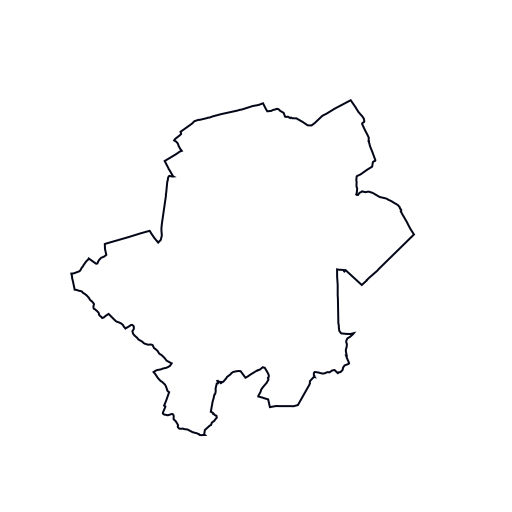 the district of Dorobantu, Tulcea, Romania, rotated 138°
{"feature_id": "2599482B37280829383537", "entity_name": "Dorobantu", "entity_type": "district", "adm_level": 2, "iso_a3": "ROU", "parent_name": "Romania", "parent_adm1": "Tulcea", "projection": "albers", "projection_center": [28.322, 44.951], "detail": "fine", "context": "isolated", "style": "outline", "palette": "ink", "viewbox_px": 512, "rotation_deg": 138, "n_neighbors": 0, "source": "geoboundaries", "source_scale": "gbopen_adm2", "svg_char_len": 6081}
<svg xmlns="http://www.w3.org/2000/svg" viewBox="0 0 512 512"><g transform="rotate(138 256 256)"><path d="M118.6,191.5L118.3,192.2L117.3,193.0L117.1,193.6L117.3,194.6L116.5,196.2L116.6,197.4L116.4,198.3L117.1,201.1L117.6,202.3L118.6,205.9L120.2,209.8L120.4,210.7L121.1,212.1L124.6,217.1L127.2,225.2L128.4,226.9L128.5,227.4L128.8,228.0L130.2,229.2L131.4,229.8L132.3,230.6L133.9,233.1L134.7,233.0L136.0,233.5L137.3,233.6L139.4,233.1L140.3,234.1L140.4,234.6L138.5,235.8L135.7,238.4L134.7,240.6L131.8,243.6L130.5,245.5L128.0,247.7L127.3,247.8L123.8,246.7L116.0,245.8L109.9,244.7L109.3,245.1L107.2,246.9L106.1,247.6L105.4,247.6L103.9,247.0L103.2,247.3L99.7,256.0L98.0,260.8L97.6,261.5L97.3,262.4L96.6,263.4L96.2,264.5L95.2,265.7L95.1,265.9L95.4,266.1L93.0,268.5L92.1,271.5L90.8,276.6L88.8,283.1L88.3,283.5L88.0,283.6L86.0,283.3L85.5,283.5L84.0,285.8L83.5,289.2L83.6,290.4L83.5,293.6L83.5,294.6L82.4,300.6L81.4,308.4L98.8,312.8L108.5,314.6L112.8,315.8L123.7,315.5L127.4,315.9L129.7,318.0L130.2,318.7L131.6,324.3L133.9,331.3L136.9,334.1L137.4,335.5L138.3,335.6L139.1,338.2L140.0,338.7L140.7,339.4L141.2,340.4L140.9,340.7L139.7,343.8L140.3,345.9L140.9,347.5L141.0,349.8L141.2,350.2L141.5,350.8L142.3,351.6L143.9,352.1L145.2,353.0L147.7,353.7L150.8,356.0L150.3,358.6L148.6,364.8L153.0,366.5L158.2,369.7L168.7,374.4L169.9,375.3L172.5,376.5L186.9,384.7L194.9,388.8L197.8,389.9L199.1,390.9L200.2,391.3L206.1,394.5L207.4,395.3L207.5,395.6L211.6,397.4L214.9,397.2L229.0,398.8L229.6,397.3L229.9,396.9L230.4,396.7L232.2,396.7L237.7,397.1L239.5,396.7L239.4,396.1L238.9,394.9L238.8,394.3L238.8,392.1L240.0,389.1L240.6,386.3L240.8,383.8L242.8,384.6L246.9,385.1L260.3,387.7L262.3,380.0L262.7,378.9L262.9,377.3L264.3,370.7L264.2,370.4L265.0,371.0L266.4,373.0L266.7,373.4L267.4,373.6L269.1,372.9L270.8,371.4L272.2,370.6L280.5,363.0L281.9,362.0L282.2,361.4L304.3,343.0L307.2,340.4L309.1,338.4L312.2,334.3L316.0,331.7L319.7,331.4L319.5,332.9L319.7,333.0L319.7,333.5L319.6,334.3L319.5,337.1L318.7,343.2L318.2,345.4L318.2,345.9L327.1,350.3L338.2,355.4L356.9,364.5L360.3,366.1L363.5,362.3L366.5,357.0L369.3,357.2L372.4,358.3L375.4,358.0L376.9,357.5L378.9,356.6L379.4,356.8L380.0,357.3L382.0,366.1L383.0,365.7L385.8,365.6L389.9,364.7L392.0,364.0L393.3,363.9L396.1,362.9L397.4,362.8L403.2,365.1L405.0,366.5L406.3,364.0L407.4,362.7L408.8,360.0L413.3,352.3L411.9,350.7L411.2,349.2L409.4,346.7L409.1,345.6L409.3,344.6L408.7,342.8L408.2,340.0L408.2,336.3L408.5,335.5L408.7,333.6L408.3,332.5L408.4,329.1L408.7,328.6L410.3,327.5L411.5,326.2L411.7,325.5L411.7,324.9L411.2,323.8L411.2,322.8L411.0,321.9L410.9,319.4L411.3,318.3L411.8,317.7L412.0,316.9L412.0,316.2L411.7,313.8L411.8,312.8L410.2,312.2L407.3,312.1L404.3,311.6L403.9,303.6L403.7,301.4L403.4,300.3L402.6,299.0L401.4,296.3L401.1,294.4L401.0,293.5L401.5,292.3L401.4,290.6L401.6,289.5L397.0,288.6L395.1,288.4L394.6,288.1L394.2,287.7L393.9,286.6L393.9,285.6L395.1,284.0L396.2,283.3L398.0,282.9L398.4,282.5L399.2,280.7L399.5,279.8L399.4,277.1L399.1,275.5L399.2,272.5L398.1,269.3L397.8,268.2L397.8,266.8L397.4,265.4L396.0,263.0L395.4,262.2L393.2,260.4L392.5,259.2L392.5,258.8L393.4,255.7L393.0,254.3L392.7,251.7L392.7,251.0L393.0,249.6L393.2,248.4L393.0,247.1L392.5,245.8L392.2,242.1L392.3,239.6L392.5,238.2L390.8,233.3L390.5,232.7L393.4,231.9L395.5,232.3L397.4,232.9L400.4,234.6L402.8,235.5L405.6,237.3L407.2,237.9L409.8,238.3L409.8,236.3L410.6,230.6L410.5,226.7L410.0,225.5L409.7,221.4L409.9,220.3L410.8,217.7L412.0,215.3L411.9,214.0L411.7,212.9L419.8,208.5L424.4,206.3L424.0,205.2L424.2,204.6L429.8,202.0L430.5,201.4L430.6,200.6L430.2,199.4L428.8,197.7L428.3,196.8L427.8,196.5L424.2,194.9L423.7,194.2L423.8,193.0L424.2,192.2L424.8,191.5L426.3,190.1L426.4,189.2L426.2,186.7L427.0,182.9L427.3,182.2L428.3,181.6L428.6,180.7L428.6,179.4L428.2,178.7L427.3,177.7L425.9,176.8L425.5,175.8L423.0,172.9L421.0,167.5L418.4,163.5L418.0,162.4L417.6,161.9L417.6,161.4L417.7,161.0L417.5,160.5L416.2,159.2L413.7,157.2L413.8,158.2L410.4,160.9L403.9,160.9L402.4,160.5L401.0,161.4L400.2,161.7L399.2,161.6L397.0,161.4L396.5,161.7L393.3,162.1L393.0,162.4L392.7,163.3L392.3,163.8L393.1,165.5L393.0,166.9L393.4,167.3L393.1,167.6L393.0,168.2L393.1,168.8L393.5,169.4L393.5,170.1L393.8,170.5L385.7,176.8L381.7,179.3L381.0,180.1L379.6,180.6L379.4,180.9L378.9,180.8L378.0,181.2L376.0,182.9L375.3,183.9L374.5,184.7L370.5,187.5L369.4,186.8L369.0,186.9L368.7,187.2L368.3,189.0L367.9,188.8L367.8,187.6L366.7,186.2L367.0,185.9L367.3,185.1L367.0,184.9L365.7,185.2L365.2,184.6L364.1,184.5L360.1,185.0L358.5,185.5L354.1,185.1L353.0,185.4L350.5,185.1L347.3,183.2L345.8,182.1L344.5,180.7L345.3,172.6L342.8,172.0L339.4,171.6L331.9,170.2L331.4,170.1L331.3,169.7L330.2,169.6L329.4,169.0L325.3,168.8L324.8,167.7L324.3,167.1L325.2,162.5L325.9,159.8L326.4,158.7L327.3,157.7L328.8,157.4L329.1,156.2L329.8,155.7L333.1,154.6L337.9,154.0L341.4,153.3L343.5,152.0L347.6,150.6L348.3,150.1L345.8,146.2L345.0,144.7L342.9,141.3L346.8,134.4L341.8,131.3L328.4,119.1L324.6,117.2L302.5,124.6L301.0,125.4L300.3,126.4L299.5,126.9L294.5,127.4L293.7,127.1L293.4,126.7L293.3,127.4L292.8,127.9L292.9,128.5L292.7,128.8L291.4,130.2L290.5,130.5L290.1,130.5L289.4,129.9L287.4,127.4L286.1,125.3L284.8,123.7L284.2,123.3L282.8,122.6L281.0,122.1L280.0,121.3L279.3,120.4L279.0,120.3L276.1,120.0L274.0,118.8L273.9,118.5L273.6,114.2L273.1,114.1L272.5,114.3L270.9,113.2L268.3,113.3L267.4,113.7L266.0,114.8L263.4,115.4L259.7,114.0L258.9,113.9L258.5,114.1L256.7,119.3L255.7,121.8L255.2,121.3L253.2,124.7L252.6,125.5L251.6,126.5L249.7,127.6L248.2,128.9L247.3,129.9L246.8,131.3L246.2,132.1L245.0,132.9L243.2,133.6L240.1,133.0L236.0,133.0L234.9,133.2L238.1,134.9L241.4,138.1L243.0,139.9L244.0,140.9L244.5,141.8L244.2,144.6L242.4,147.3L240.9,149.0L239.8,150.9L223.5,169.7L221.7,172.0L214.6,179.9L209.6,186.3L204.7,191.8L203.1,189.8L201.8,188.6L199.9,186.5L200.7,185.9L200.8,185.7L200.7,185.3L198.9,185.5L196.8,163.7L192.5,163.7L190.1,163.7L189.7,163.8L189.7,164.0L186.0,164.1L175.7,163.9L173.3,164.2L124.2,166.3L123.2,172.4L122.2,176.6L121.2,180.1L119.2,189.7L118.7,191.6L118.6,191.5Z" fill="none" stroke="#020617" stroke-width="2"/></g></svg>